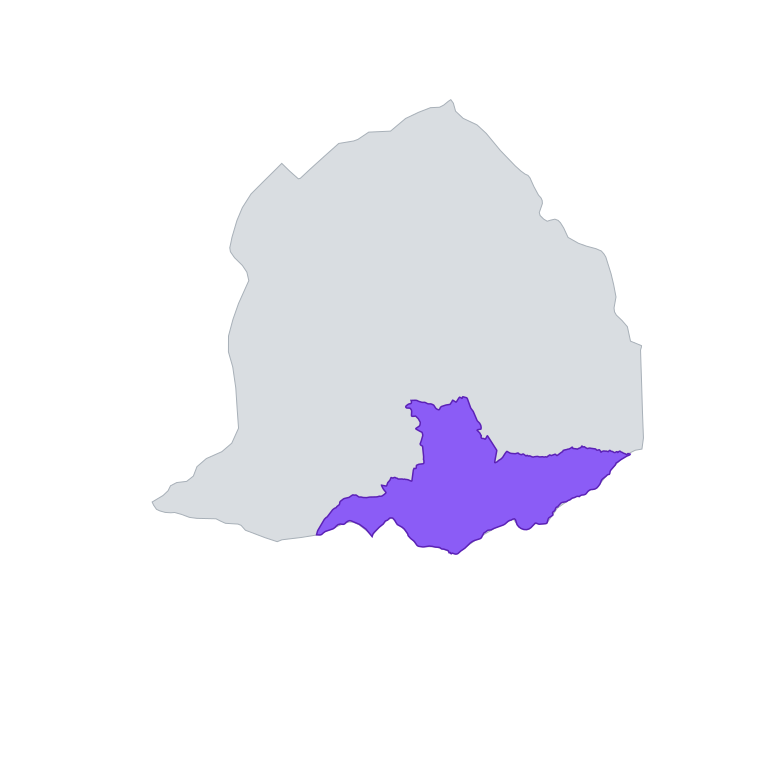 where Matabeleland South sits in Zimbabwe, rotated 315°
{"feature_id": "ZWE-530", "entity_name": "Matabeleland South", "entity_type": "Province", "adm_level": 1, "iso_a3": "ZWE", "parent_name": "Zimbabwe", "parent_adm1": "", "projection": "orthographic", "projection_center": [29.218, -20.916], "detail": "fine", "context": "in_parent", "style": "filled", "palette": "violet", "viewbox_px": 768, "rotation_deg": 315, "n_neighbors": 0, "source": "natural_earth", "source_scale": "10m", "svg_char_len": 8261}
<svg xmlns="http://www.w3.org/2000/svg" viewBox="0 0 768 768"><g transform="rotate(315 384 384)"><path d="M520.4,612.4L514.8,608.5L507.1,605.9L497.2,604.6L484.5,605.0L468.7,607.0L451.9,604.3L433.9,597.0L418.9,594.3L401.1,597.5L400.3,597.5L397.2,595.1L392.3,589.8L384.1,588.9L381.9,587.6L380.1,585.7L378.9,583.2L378.4,580.4L379.8,571.7L379.0,570.7L376.8,569.7L372.4,568.6L361.6,564.7L348.0,561.0L326.0,556.9L317.4,555.9L315.4,554.6L312.9,551.4L308.6,541.5L304.6,534.9L295.0,524.8L293.5,521.7L293.9,513.6L294.5,507.1L295.5,501.5L295.0,496.4L294.8,489.9L295.0,485.6L293.7,483.8L290.3,482.5L280.4,482.0L268.5,482.4L268.0,475.8L266.8,465.7L264.5,459.9L261.7,456.9L256.2,453.9L245.0,449.7L229.8,443.3L216.7,433.8L201.7,422.0L197.0,420.0L191.3,408.7L182.6,389.4L183.0,382.9L181.7,379.8L173.4,370.4L171.5,365.4L169.9,360.5L156.7,346.7L152.1,340.7L148.6,333.0L145.1,326.8L142.2,324.3L138.5,320.1L135.8,315.3L134.5,311.7L135.4,306.8L136.6,303.5L149.0,306.6L155.8,306.8L161.1,305.0L167.7,307.1L175.6,313.3L184.1,314.3L193.3,310.2L205.7,311.1L221.5,317.2L234.5,318.2L249.9,312.4L263.5,296.7L276.4,282.0L289.1,265.0L296.7,251.3L308.0,240.1L322.9,231.5L338.1,224.2L361.5,215.3L366.1,208.0L367.7,200.1L367.6,189.0L368.9,181.9L371.3,178.6L375.2,176.1L380.2,172.8L395.6,164.4L408.6,159.1L424.4,155.6L441.6,155.6L458.3,155.7L467.7,155.7L467.8,166.3L468.5,178.3L470.3,179.4L482.8,179.8L502.8,180.8L522.1,181.9L534.4,190.7L538.5,192.6L551.3,195.1L567.4,209.8L587.0,211.5L600.5,216.3L612.3,221.5L619.0,227.6L623.4,229.0L629.4,229.6L632.3,230.2L631.6,234.5L627.5,241.7L627.8,252.1L633.0,266.6L633.5,279.1L631.4,301.2L631.0,322.6L631.4,330.3L632.2,335.4L633.3,338.2L633.0,341.4L629.6,350.3L626.8,359.7L626.6,363.5L625.6,366.1L623.6,368.4L615.0,372.6L613.5,375.3L613.5,380.2L614.5,384.3L617.6,385.9L621.4,388.3L622.8,391.4L622.8,394.7L621.4,400.7L617.8,410.5L621.0,422.0L624.6,429.6L629.6,438.3L631.7,443.6L631.5,447.4L630.6,451.1L622.5,466.6L616.6,476.2L609.6,486.5L600.4,492.9L598.0,496.0L597.0,499.6L597.2,507.4L596.6,515.6L588.6,528.0L593.2,539.0L592.1,539.9L589.4,541.4L578.1,553.4L566.7,565.6L558.4,574.4L548.9,584.5L538.3,595.9L529.3,605.6L520.4,612.4Z" fill="#d9dde1" stroke="#a8b0b8" stroke-width="1"/><path d="M247.8,450.8L245.6,450.4L238.3,446.8L235.9,446.4L234.4,446.4L233.2,446.2L232.1,445.6L231.1,444.6L229.7,442.9L232.8,441.1L233.8,440.7L246.2,437.5L248.5,437.5L249.9,437.8L258.7,436.6L261.1,436.9L262.2,437.4L262.9,437.6L263.6,437.4L264.6,437.4L266.8,437.7L267.8,437.4L268.7,436.7L269.2,436.3L269.7,436.2L270.2,436.1L273.6,436.5L274.8,436.8L279.2,439.5L282.3,440.0L283.6,440.4L284.6,441.8L285.4,442.4L285.8,442.9L286.3,445.8L286.5,446.4L287.8,447.6L289.0,449.5L291.3,452.0L294.0,453.9L298.7,458.4L299.8,459.2L301.3,460.0L302.3,461.1L303.0,461.6L303.9,461.9L306.4,462.3L308.4,462.3L308.7,462.0L308.9,461.3L309.0,459.3L309.4,457.2L310.3,454.5L310.5,454.0L310.7,453.8L313.3,457.6L313.7,457.8L314.0,457.8L316.9,456.4L320.2,456.2L322.4,455.3L322.8,455.2L323.2,455.6L323.6,456.6L323.8,456.8L325.1,457.3L325.7,457.8L326.1,459.1L326.7,460.0L326.8,461.1L327.0,461.4L328.4,462.8L329.6,463.9L330.3,465.1L331.4,465.9L331.8,466.8L332.5,467.5L333.4,468.9L334.0,470.6L334.6,471.9L335.0,472.2L335.4,472.1L343.9,465.6L345.6,464.9L346.7,466.2L347.3,466.2L349.4,464.5L349.9,464.6L351.9,465.4L355.2,468.0L355.7,468.1L356.5,468.0L358.2,466.2L358.6,465.2L359.6,464.4L360.8,463.2L367.0,455.6L367.2,455.2L367.2,454.9L366.8,453.5L366.8,452.7L367.2,451.9L370.2,450.5L374.7,448.0L375.4,447.4L376.5,445.6L376.7,445.0L376.1,443.3L374.9,439.1L374.8,438.2L375.1,438.0L375.4,438.0L379.2,438.7L379.9,438.6L380.8,438.2L382.2,437.1L382.6,436.6L383.7,432.8L383.7,429.4L383.5,428.9L382.2,427.9L381.3,427.0L381.0,426.7L380.9,426.1L381.3,425.5L384.1,423.0L384.7,422.2L385.0,421.7L385.3,420.0L385.2,419.5L384.9,419.0L383.2,417.2L383.0,416.7L383.0,415.9L383.2,415.5L383.6,415.3L384.4,415.1L386.9,415.5L387.6,415.8L388.9,416.7L389.5,416.8L390.0,416.7L390.6,416.2L390.9,415.9L391.5,414.7L394.7,417.7L395.6,418.8L396.2,420.6L397.7,423.5L398.2,424.2L399.7,425.6L400.2,426.5L400.8,428.5L401.3,429.4L403.0,431.1L403.4,431.8L403.9,433.0L404.2,434.2L403.5,437.5L403.5,438.3L403.8,439.7L404.5,441.0L405.2,441.2L406.3,440.9L407.4,440.4L408.9,440.6L413.0,442.7L416.3,445.1L419.5,444.5L420.5,444.1L421.2,444.1L422.1,447.7L422.7,447.8L427.1,446.8L428.1,446.8L428.5,447.6L428.9,449.2L429.4,449.3L430.3,448.7L430.8,448.8L432.7,452.1L432.7,452.8L432.5,453.5L428.3,462.4L427.7,466.5L424.0,475.7L423.9,476.7L423.9,479.4L423.3,481.4L422.8,482.3L421.7,483.7L420.7,484.4L420.1,484.1L418.0,482.6L417.5,482.5L417.1,482.6L417.1,486.1L417.0,486.8L416.4,488.3L416.4,489.1L416.0,489.6L415.2,490.0L414.8,490.7L414.7,491.3L414.8,491.7L416.0,493.1L416.4,494.4L416.8,494.6L417.4,494.5L420.0,493.7L420.4,493.7L420.5,494.1L416.9,510.5L416.6,510.9L407.7,517.0L406.8,517.8L406.9,518.0L407.0,518.3L407.7,518.6L408.9,519.0L411.0,519.1L413.3,519.7L415.9,519.8L420.3,518.8L422.2,518.5L423.3,518.6L424.2,521.8L424.7,522.8L427.5,526.1L429.8,527.4L430.0,527.7L430.1,527.9L430.0,528.0L430.0,528.3L430.1,528.9L430.7,530.4L431.4,531.3L432.3,531.5L432.9,531.9L433.1,532.2L433.5,535.1L433.6,535.3L434.7,535.6L434.9,535.8L435.1,537.0L436.3,537.9L437.2,540.2L437.8,541.2L438.8,541.7L440.5,543.0L441.5,543.9L442.5,545.7L444.7,547.5L445.5,548.9L446.7,549.6L447.3,550.6L447.8,550.9L448.5,550.8L449.4,551.1L450.6,551.2L451.1,551.4L451.6,552.7L451.9,553.0L455.3,554.6L455.6,555.2L455.5,556.5L455.9,557.0L461.4,557.8L462.5,558.1L463.8,557.7L465.3,558.5L466.8,559.5L468.2,560.2L468.7,560.7L470.6,561.4L471.8,561.5L472.3,561.7L472.5,561.9L472.5,562.2L472.1,562.7L472.1,563.3L473.9,565.5L474.7,566.8L476.0,567.1L476.8,567.5L478.2,568.1L478.9,568.0L479.6,567.8L480.0,567.8L480.2,568.1L480.2,568.4L480.1,569.2L481.2,569.9L481.4,570.2L481.5,571.4L482.1,573.3L482.4,573.6L484.0,574.6L484.3,574.9L484.8,575.7L487.6,579.4L487.7,579.7L487.6,580.9L488.0,581.6L488.5,582.0L489.6,582.6L489.8,583.0L489.6,584.6L489.2,585.5L489.3,585.7L490.6,585.9L492.0,586.7L493.2,588.2L493.8,588.7L494.5,590.1L494.7,590.4L496.4,590.4L496.7,590.6L496.9,590.9L497.0,592.1L497.9,593.4L498.1,594.7L498.4,595.3L499.0,595.9L500.6,596.3L500.9,596.6L501.0,596.9L500.9,597.7L501.1,597.8L502.2,597.8L503.1,598.1L503.4,598.4L503.6,599.8L504.2,601.1L504.4,602.4L505.1,603.5L505.5,605.2L506.3,605.6L507.4,605.7L508.5,607.7L507.9,607.9L506.8,607.6L504.7,606.7L497.9,605.0L494.2,604.5L492.4,604.0L490.3,604.8L483.3,605.3L482.1,605.7L480.4,606.9L479.5,607.2L479.1,607.0L478.1,606.3L477.5,606.2L475.7,606.2L471.7,605.7L470.5,605.7L469.3,606.0L466.9,607.1L465.8,607.5L463.2,607.9L460.9,608.0L458.8,607.4L456.8,606.0L455.9,605.2L455.0,604.6L453.8,604.3L452.3,604.1L449.5,604.5L448.4,604.4L446.9,603.7L445.2,602.3L444.2,601.9L442.4,601.7L442.2,601.2L441.0,599.9L440.3,599.6L438.4,599.0L436.7,597.9L435.8,597.7L433.5,597.4L432.0,596.6L429.8,596.2L426.2,593.7L424.9,593.3L420.7,593.5L420.0,593.8L418.8,593.0L417.6,593.2L415.2,594.3L413.1,594.0L411.9,594.3L411.4,595.4L410.7,596.1L409.2,595.9L406.0,595.2L404.7,595.5L401.1,597.5L399.8,597.3L394.6,592.9L394.2,592.3L393.4,590.3L392.7,589.5L392.4,589.3L386.5,589.5L384.2,589.1L381.9,587.9L380.0,585.8L378.8,583.3L378.3,580.4L378.6,577.6L381.0,572.9L380.9,571.6L379.8,570.8L377.3,570.0L376.2,569.2L374.4,568.8L370.6,568.6L368.7,568.1L359.5,563.8L356.6,562.9L354.1,560.9L353.3,560.7L351.4,560.5L349.4,560.0L348.7,560.1L348.0,560.4L345.8,561.0L344.8,561.4L343.8,561.6L342.4,561.3L337.3,558.6L334.8,557.8L332.5,557.4L325.0,557.3L320.3,556.4L316.6,556.2L315.6,555.9L314.7,555.3L314.0,554.5L312.7,551.9L312.3,551.7L311.6,551.7L311.3,551.0L311.7,550.1L311.4,549.8L310.7,549.5L310.9,548.8L311.5,547.5L311.4,546.8L309.5,543.0L308.4,541.8L308.0,541.2L307.9,539.7L307.8,539.1L307.2,538.2L304.9,535.5L303.3,532.9L301.4,530.6L297.0,527.4L296.0,526.4L293.8,523.4L293.3,522.2L293.3,521.0L294.0,517.4L294.1,516.0L293.6,512.2L293.8,508.3L294.6,507.1L294.9,506.4L295.8,500.9L295.6,498.2L294.0,492.8L294.5,490.4L295.2,488.0L295.4,485.3L294.9,484.2L294.0,483.3L292.9,482.8L290.3,482.8L288.1,481.8L284.5,482.5L279.4,481.9L272.3,482.0L270.1,482.3L267.7,483.5L268.6,473.8L267.4,465.9L264.0,457.6L263.2,456.4L262.0,455.7L260.7,455.3L259.4,455.1L257.3,455.1L256.5,454.8L255.8,454.3L254.1,452.1L252.0,450.9L249.9,450.7L247.8,450.8Z" fill="#8b5cf6" stroke="#5b21b6" stroke-width="1.5"/></g></svg>